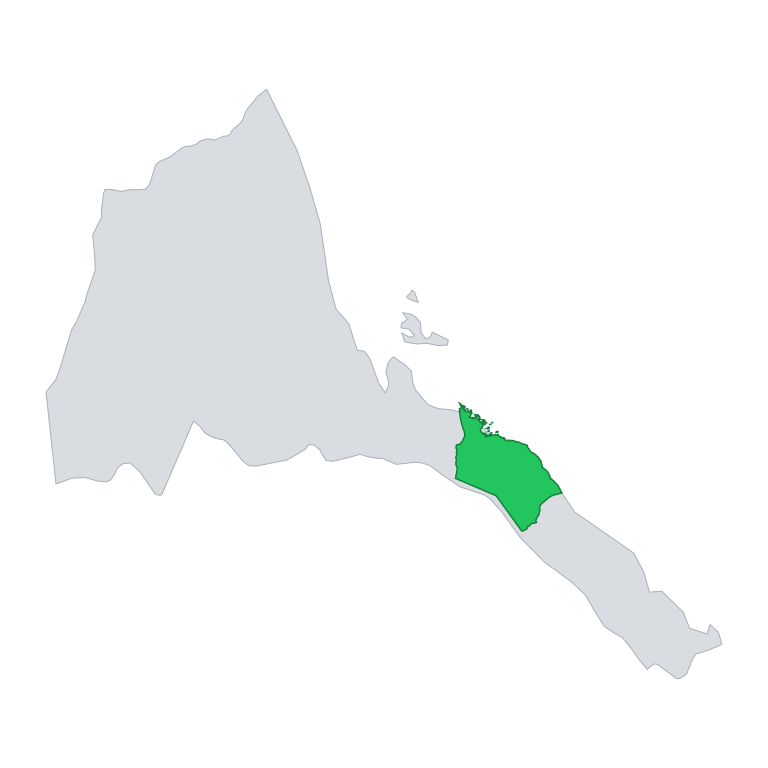 Araeta, Debubawi Keyih Bahri, Eritrea shown in context
{"feature_id": "51966322B42999406046920", "entity_name": "Araeta", "entity_type": "district", "adm_level": 2, "iso_a3": "ERI", "parent_name": "Eritrea", "parent_adm1": "Debubawi Keyih Bahri", "projection": "mercator", "projection_center": [40.88, 14.412], "detail": "fine", "context": "in_parent", "style": "filled", "palette": "green", "viewbox_px": 768, "rotation_deg": 0, "n_neighbors": 0, "source": "geoboundaries", "source_scale": "gbopen_adm2", "svg_char_len": 8339}
<svg xmlns="http://www.w3.org/2000/svg" viewBox="0 0 768 768"><path d="M55.9,483.5L52.7,453.5L50.5,433.5L48.2,412.2L46.1,392.1L55.7,379.8L60.1,368.0L71.6,329.8L76.2,322.2L85.1,301.7L86.4,295.8L95.3,269.9L94.4,252.7L92.7,235.3L97.5,225.0L101.8,216.8L101.5,209.8L103.5,193.6L104.9,189.5L110.2,189.3L121.1,191.4L129.1,189.7L138.4,189.7L145.5,189.2L149.7,184.2L155.5,165.3L159.3,161.5L162.2,160.3L170.3,156.8L177.3,151.3L183.0,147.3L185.1,146.5L191.2,146.0L197.2,143.7L200.0,141.0L207.6,138.8L215.0,140.0L220.0,137.7L223.4,136.2L227.1,136.1L230.6,133.9L232.0,130.5L234.3,128.3L240.1,123.4L242.8,119.8L244.0,116.2L245.1,113.3L247.7,108.5L257.8,96.3L266.6,89.3L297.1,150.6L309.5,186.7L320.4,224.3L328.5,280.7L336.2,309.4L348.7,323.5L357.2,350.2L364.5,351.2L369.8,358.6L378.9,383.6L385.4,392.9L388.8,384.9L388.4,380.3L385.9,372.6L388.2,362.6L393.3,356.7L404.9,364.8L411.2,370.9L412.9,383.2L415.6,390.0L427.7,404.5L437.9,408.6L451.2,409.7L462.2,412.9L471.1,418.2L487.8,432.8L525.9,445.6L556.5,484.9L574.6,512.0L633.9,553.2L644.1,572.9L649.4,592.1L661.9,591.2L683.3,612.2L689.5,628.2L707.1,634.0L710.0,624.6L718.5,632.4L721.9,644.4L710.7,649.2L698.3,653.4L696.6,653.3L692.5,658.8L686.6,673.9L680.2,678.3L676.8,678.7L657.5,664.6L654.6,663.8L650.4,666.5L647.3,669.4L638.4,658.7L631.8,649.2L622.7,637.9L613.8,632.8L604.3,626.4L594.9,611.5L585.4,595.1L571.2,581.7L544.7,562.3L520.4,537.7L501.9,512.0L489.9,498.7L484.8,495.2L460.0,486.8L442.7,475.1L429.4,465.3L421.3,462.8L413.3,462.4L396.5,464.4L382.4,458.3L376.5,458.3L367.1,456.5L359.8,454.3L351.1,456.9L333.3,461.3L326.0,460.3L322.1,454.3L319.7,449.6L313.5,444.8L308.4,444.8L305.6,449.1L287.0,460.0L256.0,466.1L248.6,465.6L243.1,461.3L227.4,442.5L222.9,439.5L219.4,439.2L212.1,437.0L205.3,433.4L199.3,425.7L193.3,421.4L186.9,436.4L175.6,462.6L169.5,476.7L161.7,494.8L159.2,495.3L155.2,494.0L139.7,471.5L130.0,463.0L122.7,463.8L117.4,468.0L114.0,475.5L110.4,480.1L106.5,481.9L98.0,481.1L85.0,477.5L71.6,478.2L57.8,483.4L55.9,483.5ZM421.3,333.0L425.5,338.6L428.4,338.0L430.7,336.2L432.3,332.2L448.3,340.0L447.4,345.2L437.8,345.5L426.8,343.3L416.7,344.0L404.6,341.8L401.8,333.0L409.5,337.3L413.5,336.2L414.2,335.1L408.7,329.1L401.0,327.9L401.5,323.3L405.0,321.4L407.1,319.1L402.7,312.7L411.4,314.2L416.8,318.1L420.4,322.6L421.3,333.0ZM414.8,292.4L418.2,302.6L408.3,298.7L406.7,296.6L411.0,292.6L411.9,290.1L414.8,292.4Z" fill="#d9dde1" stroke="#a8b0b8" stroke-width="1"/><path d="M561.9,493.0L561.7,492.4L560.9,491.5L560.3,490.2L559.9,488.8L559.0,487.7L558.3,486.1L557.6,485.1L553.4,480.7L552.7,480.3L551.7,479.4L551.3,479.4L550.6,479.0L550.2,477.9L550.2,477.6L549.9,477.3L549.9,476.9L549.7,476.7L549.7,475.7L548.8,473.8L547.7,472.0L546.0,470.2L544.4,468.9L543.0,468.1L542.3,467.4L541.9,464.9L541.5,463.9L541.2,461.8L540.8,461.0L540.3,460.7L539.8,460.1L539.8,459.7L539.6,459.4L539.5,458.8L539.2,458.7L538.2,457.1L537.6,456.8L537.4,456.4L536.9,456.3L536.6,455.8L536.0,455.4L535.9,454.9L533.8,453.5L533.2,453.3L532.9,453.0L530.6,451.8L530.1,451.2L529.0,448.9L528.4,448.3L527.9,448.0L527.7,447.6L527.5,446.6L527.4,445.7L527.2,445.3L526.6,445.0L525.6,444.9L524.9,444.4L522.9,444.0L522.1,443.6L520.6,443.2L519.8,442.5L518.9,442.1L515.7,441.7L514.1,440.9L512.9,440.6L510.6,440.4L509.6,440.5L508.1,441.1L507.1,441.1L506.4,440.9L504.8,439.8L504.2,438.7L504.2,437.8L504.0,437.7L503.8,437.7L503.9,438.0L503.5,438.4L502.9,438.4L502.3,438.2L501.0,436.8L500.6,436.8L500.0,436.9L499.5,436.6L499.3,436.3L498.7,435.9L498.2,434.6L497.9,434.5L497.5,434.5L497.5,434.8L496.9,435.1L495.3,434.6L495.0,435.2L494.5,435.3L492.3,435.2L491.8,435.0L491.4,434.7L490.6,434.6L490.2,435.1L491.0,435.4L491.0,435.9L490.5,436.0L489.7,436.5L489.3,436.3L488.9,435.6L488.6,435.5L488.6,435.8L488.4,435.4L488.2,435.5L487.7,435.4L487.3,435.8L487.4,436.3L487.3,436.5L486.9,436.6L486.7,436.8L485.7,436.7L485.4,435.9L485.1,435.6L485.0,435.0L485.5,434.6L486.3,434.9L486.5,434.8L485.7,434.3L485.5,433.5L485.1,433.2L484.6,433.2L484.8,433.5L484.7,433.7L484.2,433.6L483.7,433.7L483.3,433.8L482.3,433.8L482.4,433.1L481.8,432.3L480.9,431.5L480.3,429.8L480.5,428.9L482.0,427.8L482.5,426.9L482.7,426.0L482.5,424.6L482.7,423.3L482.5,423.0L482.5,422.5L482.4,422.1L482.0,421.9L481.7,422.0L481.8,423.2L481.0,422.8L478.3,419.8L476.5,418.5L476.2,417.3L475.9,417.1L475.5,417.1L475.1,417.4L474.3,417.6L473.3,418.6L473.2,418.5L473.1,418.0L472.5,418.2L472.5,417.9L472.2,417.5L471.8,417.7L471.5,417.5L470.7,417.6L470.1,417.3L469.2,417.1L469.5,416.9L469.6,416.4L470.1,416.3L470.7,414.8L471.0,414.6L471.1,414.1L470.9,414.0L471.1,414.0L471.3,413.6L471.0,413.5L470.8,413.0L471.2,413.2L471.3,413.6L471.5,413.4L471.4,413.7L471.4,413.8L471.9,413.3L471.9,412.9L471.4,411.9L471.4,410.3L471.0,410.1L470.7,410.1L470.5,411.1L470.8,411.0L470.9,410.4L471.1,411.2L470.6,411.5L470.6,412.1L470.4,412.0L469.7,412.7L469.8,412.4L469.6,412.5L469.5,412.3L469.4,411.4L469.1,411.1L468.3,410.9L467.5,410.9L467.2,411.1L467.5,411.0L467.1,411.4L466.3,411.8L466.8,411.8L466.6,412.0L465.9,411.9L464.7,410.6L464.4,410.4L464.2,410.1L463.6,409.7L463.3,408.9L463.6,408.4L463.8,407.1L463.2,406.7L463.8,407.0L464.3,406.9L464.2,407.9L464.4,407.9L464.2,408.2L464.2,408.3L464.5,407.9L464.4,407.4L464.5,407.3L464.5,406.8L465.0,406.7L464.5,406.1L463.5,406.1L462.7,405.5L462.2,405.7L461.1,404.6L460.6,403.8L459.7,403.4L460.1,404.0L460.3,404.8L460.7,405.1L460.6,405.7L461.0,405.9L461.5,406.8L461.6,406.6L462.0,406.6L461.9,406.9L462.1,407.1L461.7,407.5L461.9,407.1L461.6,406.9L461.4,407.7L461.6,407.5L461.7,407.8L461.3,407.8L460.4,408.2L459.5,408.9L459.9,409.1L459.7,409.5L459.9,409.8L459.9,410.3L459.3,411.1L460.0,411.4L459.6,411.7L459.7,412.3L460.7,419.9L462.7,427.3L462.9,428.6L464.0,430.6L464.9,434.9L464.7,436.2L463.8,438.0L463.4,438.4L463.1,439.5L462.4,441.1L461.6,441.9L460.9,443.0L459.0,444.5L456.9,444.7L456.5,445.2L456.1,446.5L456.0,448.2L456.8,449.4L457.0,450.3L456.5,451.7L456.5,453.4L456.8,455.3L456.1,456.4L455.8,457.4L455.8,458.0L456.5,459.6L456.0,462.3L455.8,464.1L456.5,466.2L457.1,467.1L457.2,468.5L457.1,469.9L456.6,472.1L456.6,473.0L456.0,475.2L455.7,478.1L455.5,478.4L496.1,495.7L521.4,530.6L522.1,531.2L522.7,531.0L523.4,530.5L524.7,530.1L526.8,528.9L527.4,527.9L527.9,526.4L528.4,526.1L529.7,525.8L530.6,524.4L531.3,523.6L531.9,523.4L533.2,523.3L535.8,522.8L536.5,522.3L536.5,522.0L536.2,521.3L535.6,520.3L535.5,520.0L535.7,519.6L536.7,519.0L536.7,517.9L537.7,516.6L537.8,515.5L538.5,515.3L538.9,515.0L539.0,514.6L539.0,513.2L539.8,510.8L540.0,509.8L539.6,508.1L539.7,506.7L540.5,505.1L542.0,503.3L548.6,497.8L551.8,495.8L555.4,494.6L561.9,493.0ZM476.9,414.9L475.2,414.7L475.7,415.1L476.0,415.0L475.2,415.7L475.3,415.9L475.6,415.7L475.7,416.1L476.0,416.2L475.9,416.5L476.3,416.9L477.4,416.1L478.1,416.8L479.3,417.1L478.7,418.2L478.8,418.3L479.2,417.9L479.3,417.3L479.8,417.2L479.6,416.5L477.7,414.8L477.5,414.7L477.2,415.0L476.9,414.9ZM483.6,419.7L482.1,419.8L481.9,420.1L482.2,419.9L482.7,420.0L483.0,420.5L483.0,421.1L483.6,421.3L483.9,421.1L484.4,421.2L484.5,421.5L484.2,422.0L483.9,422.0L484.2,422.3L483.5,422.5L484.4,422.2L484.9,422.3L485.0,421.1L484.8,420.3L483.6,419.7ZM486.4,428.7L487.4,428.5L488.0,428.6L488.3,428.4L489.1,428.3L489.4,428.1L489.4,427.6L489.0,427.2L488.4,427.1L487.9,427.4L487.9,427.7L487.3,428.4L486.3,428.6L486.4,428.7ZM497.7,431.4L496.4,431.7L496.2,431.8L496.1,432.3L496.7,432.2L497.2,432.4L497.7,432.3L498.0,431.9L498.0,431.6L497.7,431.4ZM488.6,430.4L488.0,431.1L488.5,431.4L489.2,431.2L489.3,430.9L489.1,430.5L488.6,430.4ZM484.7,424.1L484.5,423.3L484.2,423.2L483.9,423.8L483.9,424.3L484.1,424.2L484.5,424.5L484.0,424.5L483.9,424.7L484.6,424.6L484.7,424.1ZM491.6,432.7L490.9,432.8L490.9,433.4L491.1,433.2L491.5,433.3L491.7,433.2L491.8,432.9L491.6,432.7ZM490.0,434.6L489.4,434.7L489.3,435.0L489.8,435.1L490.1,434.7L490.0,434.6ZM490.6,424.5L490.4,424.1L490.1,424.1L489.9,424.4L490.6,424.5ZM480.6,419.2L480.0,419.1L479.6,419.3L480.5,419.2L480.6,419.6L480.4,419.7L480.6,419.7L480.7,419.4L480.6,419.2ZM492.3,422.9L492.5,422.6L492.1,422.4L492.0,422.7L492.3,422.9ZM486.3,423.1L486.6,423.1L486.6,422.9L486.3,422.7L486.3,423.1ZM479.7,419.5L479.5,419.3L479.1,419.5L479.7,419.5ZM467.9,409.0L467.7,408.8L467.1,409.0L467.7,409.1L467.4,409.1L467.6,409.2L467.9,409.0ZM466.1,409.2L466.7,409.0L465.9,409.1L466.1,409.1L466.1,409.2ZM486.8,435.2L486.4,435.1L486.8,435.2ZM465.4,409.8L465.9,409.4L465.4,409.6L465.4,409.8Z" fill="#22c55e" stroke="#15803d" stroke-width="1.5"/></svg>